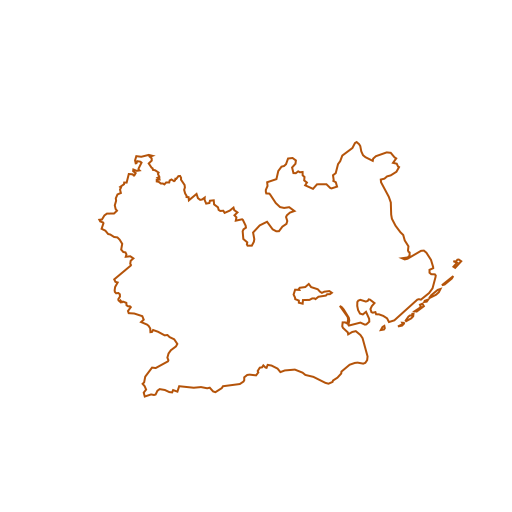 the State of Niedersachsen, rotated 146°
{"feature_id": "DEU-1576", "entity_name": "Niedersachsen", "entity_type": "State", "adm_level": 1, "iso_a3": "DEU", "parent_name": "Germany", "parent_adm1": "", "projection": "albers", "projection_center": [9.302, 52.591], "detail": "fine", "context": "isolated", "style": "outline", "palette": "amber", "viewbox_px": 512, "rotation_deg": 146, "n_neighbors": 0, "source": "natural_earth", "source_scale": "10m", "svg_char_len": 6156}
<svg xmlns="http://www.w3.org/2000/svg" viewBox="0 0 512 512"><g transform="rotate(146 256 256)"><path d="M114.3,225.0L120.8,214.7L122.5,210.9L123.4,203.1L123.0,194.9L122.2,191.1L124.0,185.7L124.2,178.8L126.9,175.6L127.2,174.3L126.7,173.0L128.5,170.4L131.1,170.0L136.2,172.5L134.6,170.0L131.9,169.0L116.3,168.0L113.8,166.6L112.9,163.4L113.1,154.9L115.3,147.8L115.9,146.8L119.9,147.5L121.5,145.1L120.9,142.9L118.0,140.8L117.9,139.3L119.0,138.1L127.7,130.5L133.2,128.5L143.7,127.6L145.1,129.1L146.7,129.6L177.3,125.3L182.7,126.9L182.2,131.0L184.0,135.2L186.7,138.9L189.0,140.5L188.4,142.7L190.9,143.7L191.7,144.9L190.8,148.0L188.0,149.7L184.1,150.7L185.9,156.0L186.8,157.0L188.5,156.3L190.4,156.8L194.0,161.3L196.1,161.8L197.7,161.2L200.0,158.0L201.6,154.1L202.0,150.1L200.1,147.8L196.0,148.2L197.3,140.7L198.8,138.2L202.8,137.6L204.1,138.2L206.7,142.4L217.9,146.4L217.9,147.2L214.7,150.4L213.6,152.9L213.2,162.7L213.5,165.5L214.4,167.7L214.1,154.2L215.2,151.7L218.2,149.1L219.3,151.2L221.3,152.5L223.8,149.5L224.1,147.8L222.6,141.3L223.4,139.5L218.7,139.2L215.3,137.9L213.6,132.1L213.6,128.3L219.7,110.3L222.1,107.5L225.1,106.3L227.3,106.8L231.4,110.8L233.9,112.1L239.2,113.5L249.8,112.4L251.1,110.9L256.5,109.6L261.8,109.7L263.0,108.8L267.3,109.6L269.4,112.0L276.0,123.7L281.6,129.8L282.6,133.2L287.3,140.1L296.1,145.0L300.7,146.1L301.1,150.6L304.4,156.5L307.2,159.2L309.8,157.4L310.5,158.2L311.1,161.2L313.2,160.3L315.3,161.3L318.9,159.7L319.2,158.2L322.7,157.0L327.6,161.2L329.8,162.3L333.6,162.0L335.2,159.6L336.6,158.9L341.0,158.9L356.2,166.5L358.3,165.6L365.8,165.8L367.3,167.7L368.0,172.7L370.4,173.6L374.9,178.1L381.3,181.6L392.5,191.0L397.0,187.5L399.7,191.2L401.8,189.8L404.0,191.7L406.5,195.9L410.3,199.5L413.1,199.4L416.7,197.3L418.3,197.8L420.4,199.9L426.8,201.7L425.5,205.5L421.8,206.7L421.1,210.4L421.5,213.4L419.4,213.8L415.3,217.9L404.6,221.6L401.8,219.2L387.9,217.9L386.9,218.6L386.3,221.3L383.0,224.1L379.2,225.5L372.9,225.8L370.4,227.1L370.4,232.7L373.0,237.1L373.6,240.0L376.1,241.3L379.6,248.0L382.7,252.2L384.7,251.2L386.1,251.9L384.2,255.1L384.1,258.1L384.7,260.1L388.2,265.5L384.7,266.0L383.9,269.7L389.1,276.4L393.5,279.8L392.9,282.0L388.4,283.6L388.7,284.9L390.1,285.7L390.9,287.5L389.7,289.7L391.8,292.6L393.0,292.6L393.2,294.6L394.2,293.8L394.8,296.1L394.3,297.2L391.5,298.4L390.3,300.4L390.8,302.3L392.8,303.3L393.1,305.1L392.4,306.6L390.1,309.1L385.5,311.4L387.0,313.2L386.6,315.9L365.3,318.1L364.7,318.4L364.6,319.9L362.6,322.1L359.0,322.6L360.4,326.1L364.4,328.2L362.5,329.8L362.2,332.0L363.8,333.5L364.2,336.7L360.1,340.9L359.9,345.8L360.5,348.9L363.0,351.1L364.8,355.3L366.3,356.9L366.7,361.2L368.8,364.9L364.1,368.5L364.0,369.2L365.8,371.8L365.6,373.6L363.3,372.4L359.0,374.4L355.9,374.5L349.9,370.6L345.9,371.3L346.1,373.5L344.7,377.0L341.1,380.0L340.0,382.2L336.4,384.5L332.8,383.8L331.6,387.1L329.7,388.2L330.0,389.2L325.3,389.3L324.2,390.6L322.2,389.2L315.6,395.1L312.5,392.6L312.4,391.1L311.9,390.8L309.4,392.0L310.4,395.1L309.3,396.3L307.3,393.3L304.7,392.1L305.0,393.4L304.4,394.2L298.7,397.4L299.1,398.8L301.4,401.0L303.2,399.8L303.9,400.1L302.8,402.9L299.4,405.7L295.6,402.4L288.4,399.8L285.9,397.0L288.5,397.6L287.9,395.3L289.1,393.4L293.2,392.7L293.2,387.7L292.7,386.4L293.3,385.1L291.7,383.5L290.1,379.6L291.4,378.9L291.9,375.6L293.7,375.9L292.9,374.0L293.2,373.3L295.6,374.8L296.6,373.3L295.2,371.9L294.3,369.2L292.7,368.2L291.9,366.6L289.4,367.2L286.8,365.5L285.3,366.9L283.3,366.7L282.1,363.9L280.9,363.9L279.6,365.1L279.0,364.5L275.7,365.6L274.2,364.8L274.4,362.7L275.5,361.2L275.5,354.8L276.6,352.6L278.6,351.0L279.8,347.4L279.9,344.8L280.6,343.7L279.0,342.5L280.5,339.7L270.6,340.7L271.8,336.4L270.9,333.8L269.2,333.0L265.9,333.1L267.2,331.4L268.0,327.3L265.0,326.0L263.3,327.6L259.9,325.8L261.9,322.2L260.3,317.6L261.2,315.1L260.4,313.3L257.8,311.8L257.9,309.3L252.4,308.3L247.6,308.7L248.4,306.2L247.0,302.5L251.1,301.8L250.6,299.0L253.0,296.6L247.0,294.2L246.7,293.3L247.6,287.0L248.5,285.1L251.4,285.1L253.2,284.0L257.0,277.2L255.6,272.2L257.1,270.7L257.2,269.3L253.7,266.9L249.8,269.0L248.0,270.9L245.3,277.1L235.8,279.3L227.7,278.2L227.3,268.8L225.4,265.2L223.1,263.7L217.7,265.6L212.8,265.6L210.5,267.5L209.3,271.5L207.6,272.5L203.6,273.0L199.0,271.8L201.2,277.9L205.8,280.1L208.7,283.1L210.0,288.8L209.9,299.2L210.1,300.3L212.5,302.1L212.0,303.6L210.9,305.3L207.3,307.6L205.5,310.9L196.1,308.3L190.0,314.0L184.9,315.8L182.4,314.9L179.8,315.3L174.9,318.9L170.9,316.8L169.5,312.9L171.7,310.4L176.6,309.2L178.6,303.8L176.7,302.4L173.7,302.6L172.8,300.9L170.4,299.6L172.2,296.8L171.6,294.4L173.8,291.7L172.7,288.4L175.7,287.1L171.2,279.8L165.3,281.3L157.5,276.1L156.4,270.8L155.6,269.8L150.0,268.2L148.6,272.5L149.9,275.0L149.1,275.6L147.0,279.9L143.6,280.1L136.6,286.3L133.2,287.5L128.3,291.0L115.7,291.6L110.8,294.3L108.9,294.2L108.0,291.0L108.1,288.8L110.2,283.9L110.9,279.7L110.0,276.7L106.0,269.6L104.4,271.2L100.8,271.7L89.7,268.8L86.6,266.2L86.0,260.4L85.2,258.5L90.3,256.6L87.7,253.8L88.2,250.9L87.7,249.7L92.5,247.3L99.2,247.5L102.8,248.7L106.3,248.3L109.8,249.6L111.1,247.2L112.8,230.8L114.3,225.0ZM218.4,184.5L216.0,183.0L213.7,183.1L214.8,185.9L219.3,188.2L222.0,188.6L222.9,190.6L223.4,193.9L227.7,199.4L227.9,203.3L232.5,202.7L237.5,205.2L238.8,204.8L239.0,203.6L242.4,206.2L246.4,203.0L246.9,199.7L247.6,198.3L245.4,195.1L246.6,193.3L244.0,190.4L241.7,193.2L236.2,189.7L233.1,189.4L231.2,188.1L230.8,187.0L227.0,187.3L220.2,184.1L218.4,184.5ZM121.5,125.5L124.7,123.7L128.4,123.2L136.1,124.2L132.6,125.5L124.3,126.3L121.5,125.5ZM98.3,136.7L93.1,138.0L95.3,141.3L93.3,139.6L91.1,140.3L89.9,139.7L88.8,136.9L97.5,134.8L98.3,136.7ZM144.9,120.5L153.9,120.1L155.3,121.5L149.9,121.4L147.6,121.9L147.3,123.9L144.7,123.4L144.9,120.5ZM157.6,120.2L159.4,118.1L162.2,117.5L168.0,118.0L168.0,118.8L163.5,120.5L161.6,120.6L159.9,119.4L158.7,120.7L157.6,120.2ZM103.7,129.0L106.3,127.8L115.6,126.9L118.2,127.8L103.7,129.0ZM188.7,126.3L189.6,124.1L191.0,123.5L193.9,124.8L190.8,126.4L188.7,126.3ZM172.1,118.9L170.8,117.9L171.1,117.2L173.8,116.6L177.7,118.2L172.2,117.5L172.1,118.9ZM137.5,123.6L140.0,122.7L142.2,123.8L141.2,124.5L137.5,123.6Z" fill="none" stroke="#b45309" stroke-width="2"/></g></svg>